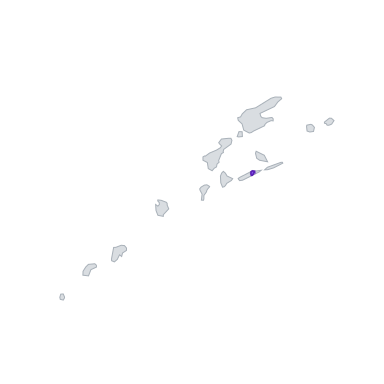 Central Pentecost 1, Penama, Vanuatu (highlighted), rotated 74°
{"feature_id": "77236927B11071622458470", "entity_name": "Central Pentecost 1", "entity_type": "district", "adm_level": 2, "iso_a3": "VUT", "parent_name": "Vanuatu", "parent_adm1": "Penama", "projection": "natural_earth1", "projection_center": [168.168, -15.648], "detail": "fine", "context": "in_parent", "style": "filled", "palette": "violet", "viewbox_px": 384, "rotation_deg": 74, "n_neighbors": 0, "source": "geoboundaries", "source_scale": "gbopen_adm2", "svg_char_len": 3534}
<svg xmlns="http://www.w3.org/2000/svg" viewBox="0 0 384 384"><g transform="rotate(74 192 192)"><path d="M132.6,89.2L135.2,105.0L138.3,105.0L139.9,104.1L141.6,100.4L142.4,94.6L144.0,93.8L146.0,94.4L145.2,96.3L145.8,100.9L147.3,103.5L148.3,103.9L150.4,116.1L151.2,118.6L151.1,120.7L146.8,125.2L140.4,125.1L135.9,127.8L133.2,127.6L133.2,124.6L130.7,122.1L128.0,116.9L128.6,107.6L123.7,90.3L123.6,86.0L125.3,80.4L127.0,80.1L129.2,84.8L132.6,89.2ZM159.8,149.8L161.7,150.9L162.7,150.9L163.3,153.2L169.2,157.8L170.8,157.7L172.1,160.3L174.6,161.5L175.3,164.1L177.1,166.8L174.0,169.9L167.9,169.1L164.5,172.7L161.3,171.8L160.8,169.9L161.2,169.3L159.4,164.4L158.5,157.0L157.3,152.6L155.9,150.8L153.1,152.4L151.9,152.7L149.2,149.1L150.5,141.8L151.1,139.8L153.4,139.4L156.7,141.3L159.8,149.8ZM237.8,285.9L235.9,288.2L234.3,287.9L223.7,282.6L224.2,280.4L223.7,274.7L224.9,271.7L227.8,270.4L230.1,271.1L231.5,275.6L234.6,277.4L232.4,279.0L236.2,282.4L237.8,285.9ZM201.8,219.0L205.9,225.8L207.5,226.3L205.0,231.2L199.9,231.7L194.0,230.4L196.2,228.7L195.0,226.8L193.2,226.4L191.1,227.4L190.2,227.0L191.5,223.9L194.8,219.5L195.8,219.1L196.7,219.1L197.6,219.5L201.8,219.0ZM195.8,161.3L191.1,161.8L184.6,160.3L182.0,158.3L180.8,156.2L183.1,154.7L186.3,153.9L190.4,149.2L191.8,151.0L193.3,156.3L194.9,157.9L195.8,159.5L195.8,161.3ZM244.1,314.6L241.9,319.8L238.2,318.6L234.8,314.8L233.0,311.5L234.2,305.2L236.0,304.1L237.8,304.5L238.8,310.6L244.1,314.6ZM192.4,143.8L191.7,143.9L191.0,141.7L188.7,130.0L190.2,119.5L191.2,121.8L194.6,140.1L194.2,143.1L192.4,143.8ZM201.9,182.5L203.1,183.2L202.4,185.2L196.8,182.9L192.4,183.8L191.1,183.7L189.8,181.9L188.8,178.2L189.2,175.7L191.1,173.9L191.8,173.6L193.2,175.8L194.5,177.3L195.8,178.0L198.6,181.5L201.9,182.5ZM180.1,118.3L177.4,120.5L172.3,120.3L170.5,119.1L176.6,112.4L183.8,111.0L180.1,118.3ZM166.8,62.2L165.1,64.6L160.5,63.8L159.4,63.2L159.7,59.1L160.8,57.8L163.6,56.5L167.3,58.5L166.8,62.2ZM162.8,45.3L162.2,45.7L161.3,45.4L158.9,39.6L159.5,37.7L162.5,35.8L165.2,39.0L165.5,40.8L165.5,42.3L165.0,43.7L163.2,44.2L162.8,45.3ZM191.4,113.2L190.7,116.1L189.0,112.7L188.0,98.3L188.4,96.9L189.3,96.8L191.3,106.9L191.4,113.2ZM260.4,345.5L258.9,348.2L256.8,348.1L254.0,346.3L254.5,343.9L257.7,343.5L258.6,343.7L260.4,345.5ZM151.9,132.1L151.2,133.3L146.9,130.2L147.9,127.2L152.6,128.3L151.9,132.1Z" fill="#d9dde1" stroke="#a8b0b8" stroke-width="1"/><path d="M188.6,129.3L188.8,129.5L188.9,129.8L189.0,129.8L189.3,129.9L189.3,130.0L189.5,130.0L189.8,130.0L190.0,130.0L190.1,129.9L190.2,130.0L190.3,130.2L190.4,130.3L190.5,130.4L190.6,130.5L190.7,130.4L190.8,130.4L191.0,130.4L191.3,130.4L191.5,130.4L191.6,130.5L191.8,130.5L191.8,130.4L191.8,130.2L192.0,130.1L192.1,130.3L192.3,130.3L192.3,130.2L192.5,130.1L192.5,129.9L192.6,129.7L192.6,129.4L192.4,129.3L192.3,129.2L192.2,129.2L192.0,128.9L192.0,128.7L191.9,128.6L191.9,128.4L192.0,128.4L192.0,128.2L191.9,128.2L191.7,128.1L191.8,128.1L191.8,127.9L191.7,127.8L191.6,127.7L191.6,127.4L191.6,127.5L191.4,127.6L191.2,127.6L191.0,127.8L190.9,127.8L190.8,127.7L190.8,127.4L190.8,127.2L190.7,127.2L190.6,126.9L190.6,126.7L190.5,126.8L190.4,126.8L190.5,126.8L190.4,126.9L190.2,126.9L190.2,127.0L190.1,126.9L190.1,126.7L189.9,126.6L189.7,126.4L189.7,126.5L189.4,126.6L189.2,126.5L188.9,126.5L188.8,126.8L188.7,126.9L188.7,127.0L188.7,127.3L188.8,127.4L188.8,127.5L188.7,127.5L188.6,127.8L188.5,128.0L188.4,128.1L188.2,128.2L188.2,128.3L188.3,128.4L188.3,128.5L188.5,128.8L188.6,129.0L188.6,129.3L188.6,129.3Z" fill="#8b5cf6" stroke="#5b21b6" stroke-width="1.5"/></g></svg>